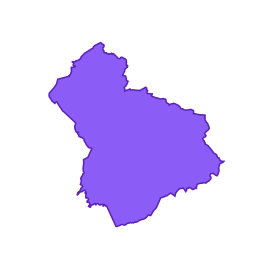 Gbeke, Vallée du Bandama, Ivory Coast, rotated 244°
{"feature_id": "98640826B94469137469464", "entity_name": "Gbeke", "entity_type": "district", "adm_level": 2, "iso_a3": "CIV", "parent_name": "Ivory Coast", "parent_adm1": "Vallée du Bandama", "projection": "natural_earth1", "projection_center": [-5.149, 7.692], "detail": "fine", "context": "isolated", "style": "filled", "palette": "violet", "viewbox_px": 256, "rotation_deg": 244, "n_neighbors": 0, "source": "geoboundaries", "source_scale": "gbopen_adm2", "svg_char_len": 5772}
<svg xmlns="http://www.w3.org/2000/svg" viewBox="0 0 256 256"><g transform="rotate(244 128 128)"><path d="M193.5,154.3L194.3,153.5L194.6,152.5L194.1,151.7L193.9,151.2L194.1,150.7L194.4,150.2L195.6,149.2L196.1,149.0L197.2,149.2L198.3,148.5L199.4,148.0L199.9,148.1L201.2,147.4L201.3,147.2L201.2,146.6L201.2,146.3L202.3,146.1L202.1,145.2L202.2,144.8L202.6,144.6L202.7,142.9L203.4,142.8L204.3,141.6L205.0,141.6L205.2,140.9L205.7,140.6L206.0,139.8L206.2,139.7L206.6,139.6L207.9,140.2L208.5,139.9L209.2,139.9L210.7,140.3L211.3,140.7L211.4,141.5L211.7,142.2L212.7,142.5L213.5,142.4L213.7,142.7L214.9,141.4L215.4,141.3L215.9,141.4L216.6,140.9L216.8,140.6L216.7,134.2L216.4,133.7L216.2,132.6L215.1,131.5L215.0,131.2L215.1,129.8L214.8,127.0L214.5,126.0L214.6,125.2L214.2,123.1L214.3,122.0L214.1,121.4L213.8,120.8L213.3,119.4L213.0,118.4L212.3,116.8L211.7,116.4L211.3,115.5L210.9,114.9L210.9,114.0L210.6,112.9L210.9,112.2L211.2,110.6L210.9,110.1L210.9,109.5L212.0,107.0L211.8,106.9L211.3,107.3L210.2,107.6L209.8,107.4L209.6,107.3L209.3,106.7L208.5,106.3L207.1,106.6L206.8,107.7L206.4,107.6L206.3,107.4L206.6,106.3L206.5,105.6L206.8,105.1L206.8,104.6L207.3,104.1L207.2,103.6L205.7,102.7L205.3,102.6L204.5,102.6L204.2,102.5L203.8,101.9L203.5,101.9L202.9,101.4L202.3,100.5L201.5,99.9L201.0,97.8L200.3,97.8L202.6,86.3L199.9,84.0L198.9,83.0L198.1,81.9L196.5,78.9L193.8,72.5L192.0,71.4L190.8,71.0L189.9,70.9L188.6,71.3L185.6,71.5L182.1,73.0L182.3,73.4L182.7,73.6L182.9,74.0L182.6,75.5L182.4,75.7L181.8,75.5L177.2,76.0L171.8,76.8L170.7,77.4L155.6,83.2L153.8,81.9L152.7,80.7L150.7,80.0L147.0,79.7L146.6,79.9L145.9,81.5L145.7,81.3L145.4,80.6L144.8,80.2L144.2,80.5L143.5,80.7L142.6,80.2L141.9,80.3L140.3,81.5L140.1,81.8L139.8,82.4L139.2,82.6L137.5,83.5L135.1,82.9L133.5,83.4L130.8,83.2L129.5,83.8L128.3,83.8L127.3,84.4L126.5,85.4L126.0,86.2L125.5,86.6L119.3,79.2L119.0,74.1L116.0,72.9L111.2,69.8L108.8,68.9L107.7,69.2L107.1,68.9L106.7,68.2L106.5,67.3L104.9,65.7L104.6,64.8L104.4,64.5L103.7,64.2L103.5,63.5L103.0,63.2L101.9,63.2L101.2,62.9L99.0,61.5L98.4,60.5L97.8,60.5L96.8,61.5L95.6,61.6L95.2,61.5L95.1,60.9L94.3,59.1L93.2,58.1L92.2,56.5L92.4,55.6L91.8,54.9L91.7,54.4L90.3,53.1L90.1,53.1L90.2,54.2L91.0,55.4L91.4,56.3L91.3,57.7L90.9,58.6L91.3,61.4L91.0,61.8L90.6,61.9L89.6,62.1L89.2,61.9L88.6,61.0L87.9,60.8L87.6,61.2L87.6,61.8L85.9,60.5L84.4,59.7L83.3,59.7L83.0,60.7L82.6,61.3L81.6,61.0L81.0,61.1L80.5,60.8L80.3,59.4L79.8,58.8L79.4,58.7L79.1,58.9L78.6,60.0L77.8,60.5L76.8,60.2L75.8,60.5L75.4,58.6L75.0,58.2L73.5,59.0L73.4,59.2L73.4,59.7L74.3,60.6L74.5,61.0L74.6,62.2L74.3,62.8L74.9,64.7L74.5,65.4L74.3,65.5L73.5,65.1L73.1,65.4L73.1,65.7L73.5,66.4L73.5,67.0L73.2,67.9L72.8,68.1L71.8,68.3L71.2,68.7L71.0,69.6L70.8,70.1L70.7,71.6L70.5,71.9L70.0,72.0L68.8,71.4L68.6,71.6L68.7,71.8L69.4,72.6L69.5,73.2L69.0,73.4L67.9,73.5L67.6,73.8L67.4,74.6L44.9,74.1L44.5,74.4L44.2,75.1L44.3,76.4L44.0,77.7L44.1,79.0L43.9,80.5L43.3,81.2L42.3,82.1L42.0,83.0L42.5,85.0L42.5,86.2L42.0,87.4L42.1,87.9L42.1,88.7L41.4,89.1L41.2,89.4L41.1,90.1L40.3,91.3L40.3,91.6L40.5,92.2L39.6,95.1L39.6,95.9L39.9,96.6L40.0,98.9L39.6,100.2L39.6,101.2L39.3,101.9L39.2,103.3L39.6,105.3L40.1,106.6L40.6,107.0L40.8,108.5L40.6,108.8L39.9,109.1L39.4,110.0L42.6,115.0L43.9,118.5L50.0,125.7L50.9,126.4L50.8,126.8L50.1,133.1L50.8,137.8L48.1,139.4L46.1,140.2L48.8,142.6L50.9,147.3L49.7,151.4L45.6,152.0L45.8,152.2L46.1,153.1L47.9,154.4L48.0,154.8L47.6,155.1L47.4,155.6L47.6,156.4L47.6,157.0L47.4,157.3L47.0,157.5L46.6,158.2L45.4,158.5L44.6,159.0L44.3,159.3L44.2,160.7L44.5,162.2L44.5,162.6L44.2,162.9L43.9,163.1L45.1,163.7L45.7,164.4L46.7,164.9L47.0,165.5L47.0,166.4L46.8,168.1L45.9,170.4L45.6,172.3L44.6,173.4L44.4,174.2L44.8,175.5L45.1,178.0L46.0,180.1L46.7,180.7L47.8,181.0L48.2,181.0L49.0,180.6L49.9,181.2L50.2,181.5L50.6,182.6L50.5,183.0L49.8,184.5L49.4,184.9L48.0,185.6L46.3,186.7L46.1,187.1L46.3,187.6L46.8,188.4L49.0,190.5L49.8,191.1L52.8,192.3L54.0,193.2L55.4,194.8L55.8,195.6L55.5,197.1L55.5,198.1L56.0,199.5L56.3,198.9L57.9,196.8L58.2,196.7L61.3,196.6L62.1,195.7L65.5,195.8L67.5,194.2L70.5,193.7L76.9,192.2L78.9,191.0L79.9,190.2L80.7,190.8L81.0,190.9L82.0,190.5L82.9,190.9L84.0,190.4L85.8,190.4L86.4,191.6L86.1,193.7L87.0,194.8L89.0,194.3L90.0,195.0L91.2,199.5L91.8,200.7L93.1,201.2L97.6,201.5L97.9,201.2L99.3,200.9L101.1,200.9L101.3,200.7L101.7,200.7L103.1,201.7L103.6,201.7L104.2,201.6L104.6,201.9L105.1,202.7L105.6,202.9L105.9,202.8L108.5,198.2L109.2,197.3L109.9,196.3L111.7,194.2L112.2,193.2L113.9,194.1L114.8,194.5L115.1,194.4L117.0,192.8L117.1,192.5L117.3,192.4L117.5,192.1L117.5,191.3L118.0,189.9L118.0,189.1L118.7,188.1L119.2,187.0L120.1,186.1L121.3,185.6L121.6,184.8L122.6,183.8L124.3,184.0L125.0,183.5L126.1,183.3L129.9,180.3L130.2,179.8L130.2,178.7L130.7,177.6L130.8,176.7L130.6,175.1L132.2,175.0L133.0,174.2L134.5,173.8L134.8,173.6L136.3,174.4L137.6,174.3L138.1,173.6L139.1,172.5L139.8,169.9L142.4,167.2L143.0,166.1L143.5,165.8L146.4,163.1L147.0,163.6L147.6,164.5L148.1,164.8L148.3,164.6L148.2,164.1L148.3,163.8L149.3,162.7L150.2,161.1L151.1,160.4L151.8,160.6L152.5,161.6L153.1,162.0L153.4,162.0L153.8,161.6L154.5,161.4L155.6,162.3L156.9,161.7L156.8,160.0L156.6,159.1L156.7,156.8L156.3,155.3L157.3,153.9L157.7,152.8L158.1,152.4L158.7,151.3L159.7,150.0L161.0,147.1L162.2,146.9L162.6,141.3L163.8,142.1L164.8,142.2L165.4,142.1L166.1,142.4L166.8,144.9L167.2,145.1L168.6,147.3L170.2,148.1L170.2,148.4L171.1,147.6L171.7,147.5L173.1,148.2L174.4,148.3L175.6,148.7L175.8,148.6L177.6,146.1L180.4,149.7L180.8,150.1L181.5,150.3L181.9,150.7L182.7,152.6L183.0,154.2L183.4,154.6L184.2,155.0L184.4,154.9L184.6,154.1L184.9,154.0L185.1,154.1L185.4,154.5L186.0,154.4L186.9,154.7L187.7,155.5L188.3,155.6L189.4,156.1L190.2,156.2L191.4,155.8L192.1,155.0L193.1,154.4L193.5,154.3Z" fill="#8b5cf6" stroke="#5b21b6" stroke-width="1.5"/></g></svg>